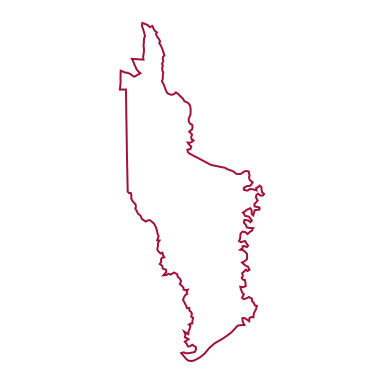 outline of Matelândia, Paraná, Brazil
{"feature_id": "56859067B5689324623652", "entity_name": "Matelândia", "entity_type": "district", "adm_level": 2, "iso_a3": "BRA", "parent_name": "Brazil", "parent_adm1": "Paraná", "projection": "orthographic", "projection_center": [-53.887, -25.334], "detail": "fine", "context": "isolated", "style": "outline", "palette": "rose", "viewbox_px": 384, "rotation_deg": 0, "n_neighbors": 0, "source": "geoboundaries", "source_scale": "gbopen_adm2", "svg_char_len": 4288}
<svg xmlns="http://www.w3.org/2000/svg" viewBox="0 0 384 384"><path d="M244.4,325.0L242.7,321.5L242.3,318.3L244.2,317.9L246.3,319.2L249.2,321.2L249.5,317.9L251.4,317.0L253.4,317.4L253.9,313.1L256.0,309.2L256.9,305.8L254.8,305.3L253.7,302.7L252.2,301.3L251.9,298.7L248.9,297.0L247.0,298.1L244.0,299.2L242.0,297.8L243.9,294.2L242.4,292.9L241.6,291.0L240.9,289.2L240.3,286.7L243.4,287.2L245.8,286.0L245.5,283.4L244.9,280.0L243.2,279.8L241.7,278.0L242.9,275.6L242.2,273.0L243.9,271.7L246.0,269.6L247.5,271.0L249.5,269.8L248.0,266.8L245.1,265.3L242.0,262.5L244.6,261.3L247.0,259.1L247.1,256.2L247.0,253.9L245.2,251.9L243.6,250.5L242.0,250.0L240.3,249.7L242.6,248.1L242.7,246.2L244.5,246.1L246.8,247.1L248.1,245.7L246.6,243.5L245.0,241.0L242.8,241.6L240.9,242.2L239.0,241.0L240.1,238.6L240.5,233.8L242.4,231.6L245.6,232.2L247.5,234.1L249.8,231.9L251.9,230.7L253.2,228.1L249.3,227.9L246.8,227.4L246.0,225.1L243.9,222.6L244.4,219.9L248.5,220.5L250.4,222.2L251.9,220.8L250.4,218.3L248.7,216.6L246.9,216.2L244.9,215.8L244.2,214.1L242.9,212.6L244.9,211.4L246.6,209.9L250.1,208.2L251.6,210.1L251.7,213.9L253.2,215.4L253.9,213.1L254.7,210.2L257.3,209.9L259.5,209.5L259.5,207.5L254.6,206.4L254.4,203.9L255.9,202.6L257.7,200.4L255.9,197.5L256.5,194.8L258.1,193.6L260.2,195.5L262.9,195.5L264.1,193.9L262.1,192.4L261.6,189.9L261.4,187.0L259.6,185.6L258.4,187.0L256.2,188.0L256.5,190.4L253.4,189.4L250.0,189.0L247.5,190.6L244.1,190.0L243.8,187.9L246.8,186.1L250.0,185.9L251.8,183.9L252.7,182.2L251.3,181.3L249.6,179.7L249.0,177.2L249.6,175.3L249.0,173.6L248.7,171.4L246.4,171.0L244.5,171.4L243.0,172.4L240.9,173.9L238.4,174.1L236.0,173.7L234.3,172.0L232.5,171.0L227.0,169.1L225.4,167.9L210.9,164.9L189.2,153.4L187.8,151.9L187.4,149.7L190.3,149.1L191.3,146.6L189.3,144.9L187.8,142.6L189.9,142.8L192.3,141.6L193.5,140.4L191.6,139.4L191.2,137.0L192.1,134.5L189.2,131.6L192.0,129.5L192.6,126.9L192.1,124.8L189.7,123.4L188.7,120.8L188.7,118.7L189.7,116.4L190.5,114.5L190.6,112.1L190.6,108.7L190.0,105.6L188.6,103.4L186.5,102.1L184.4,101.2L183.1,98.9L179.7,95.6L178.1,93.9L175.9,92.4L174.3,93.9L172.6,94.6L170.7,94.7L167.5,93.3L166.4,91.6L164.8,87.5L163.7,84.4L162.7,82.8L161.9,81.1L162.8,78.8L162.8,75.1L163.3,72.5L162.4,70.6L162.2,67.4L163.0,65.8L162.0,63.8L163.3,61.3L162.8,59.3L162.9,57.3L164.4,55.2L163.7,53.2L162.7,50.1L161.8,47.8L160.9,45.5L159.2,43.1L160.1,41.4L159.0,39.1L157.5,37.3L155.9,34.0L157.0,32.4L154.6,30.6L153.4,28.4L152.4,26.0L149.8,27.1L147.6,25.0L144.4,23.7L142.3,23.0L141.9,26.0L143.0,28.7L143.6,30.8L144.5,33.9L145.0,36.2L144.1,38.2L143.9,40.5L143.9,42.8L143.5,45.2L143.8,47.8L144.0,51.0L143.6,53.8L143.1,56.9L143.5,59.6L131.9,58.9L133.0,60.9L134.5,64.8L135.6,67.0L136.5,69.3L137.7,70.7L139.0,72.1L140.4,73.2L134.4,76.7L132.7,75.9L130.2,73.9L127.1,72.7L125.4,72.7L123.2,71.7L120.7,70.7L120.5,78.7L120.6,82.4L119.9,89.6L125.9,89.5L126.1,98.5L126.3,115.1L126.5,124.3L126.7,138.9L126.9,152.2L127.7,191.7L129.0,193.1L130.8,193.0L131.4,195.7L131.2,198.3L132.2,200.6L134.2,203.0L135.6,204.6L135.9,206.9L135.3,208.6L136.5,210.5L138.0,213.7L140.3,215.4L142.0,219.1L145.8,221.5L148.2,220.3L149.9,220.2L151.5,221.4L153.9,223.5L155.2,225.7L156.1,227.8L156.9,230.4L157.4,233.3L158.6,236.5L157.2,240.3L159.5,240.5L158.0,243.0L157.9,246.3L157.2,249.2L158.4,251.4L160.6,253.5L162.4,252.6L162.9,254.9L164.3,257.3L162.0,257.7L161.0,259.5L161.3,261.9L159.7,264.0L162.3,265.8L162.7,268.6L166.1,269.8L166.3,272.0L163.4,275.3L166.3,275.0L168.6,273.8L170.7,274.6L174.0,272.5L177.2,274.2L177.6,276.5L180.0,278.9L181.1,281.2L179.8,284.0L182.1,286.1L183.4,287.6L183.6,289.6L185.8,290.1L187.8,289.7L186.6,292.1L187.3,293.8L185.1,295.3L184.0,297.2L183.0,299.8L184.9,303.3L186.2,306.0L187.0,308.2L189.3,308.0L189.4,310.6L191.0,311.9L191.9,313.8L191.2,316.7L193.1,317.7L192.5,320.3L192.3,323.5L190.4,323.6L188.9,324.6L190.5,325.9L189.7,328.7L188.6,331.3L188.3,334.2L184.2,331.6L185.5,334.4L184.9,337.3L188.5,339.1L187.0,340.3L184.8,341.6L186.9,344.2L187.9,346.4L189.9,346.3L192.3,344.7L195.8,347.1L196.0,349.3L194.7,352.1L188.6,353.2L185.8,353.3L183.8,352.3L181.2,353.1L186.4,359.2L188.1,360.4L189.9,361.0L193.3,360.8L197.1,359.0L200.0,357.3L204.2,354.0L209.1,348.2L212.9,344.8L214.8,343.2L222.3,338.9L226.9,335.8L231.6,332.2L237.7,325.6L242.2,325.0L244.4,325.0Z" fill="none" stroke="#9f1239" stroke-width="2"/></svg>